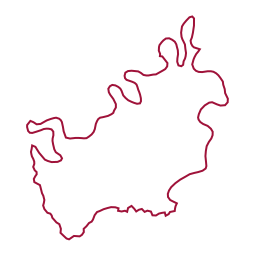 the district of São Jorge d'Oeste, Paraná, Brazil, rotated 88°
{"feature_id": "56859067B52253080464426", "entity_name": "São Jorge d'Oeste", "entity_type": "district", "adm_level": 2, "iso_a3": "BRA", "parent_name": "Brazil", "parent_adm1": "Paraná", "projection": "albers", "projection_center": [-52.964, -25.661], "detail": "fine", "context": "isolated", "style": "outline", "palette": "rose", "viewbox_px": 256, "rotation_deg": 88, "n_neighbors": 0, "source": "geoboundaries", "source_scale": "gbopen_adm2", "svg_char_len": 3377}
<svg xmlns="http://www.w3.org/2000/svg" viewBox="0 0 256 256"><g transform="rotate(88 128 128)"><path d="M57.3,93.6L57.7,91.2L64.5,86.3L67.8,86.7L70.4,88.7L71.7,91.0L75.4,98.2L75.5,101.0L76.2,105.7L76.1,108.0L75.5,110.7L73.4,113.2L71.8,115.8L70.9,122.4L71.1,126.0L72.6,128.7L75.7,129.6L78.1,129.2L79.8,127.8L81.9,122.3L83.1,119.8L84.8,118.0L87.1,117.2L90.2,116.4L92.3,115.6L95.0,114.8L98.7,114.1L101.7,114.1L103.8,115.2L104.1,118.1L103.1,121.0L102.0,123.5L100.3,126.8L97.9,129.4L95.3,131.6L90.5,133.2L88.4,134.3L86.6,136.3L85.0,139.1L84.4,142.2L85.6,144.6L88.1,146.3L91.6,145.9L94.2,144.6L98.4,141.7L103.7,139.3L107.1,139.4L110.1,141.3L112.4,142.2L113.6,144.0L115.2,147.5L116.3,152.7L116.7,155.5L118.0,157.4L120.0,158.7L122.8,160.0L127.9,161.2L130.8,162.5L133.2,164.6L135.2,167.3L136.7,169.8L136.8,172.3L136.5,174.7L136.2,177.7L136.1,180.8L136.5,186.3L135.4,190.4L129.1,192.4L124.5,193.0L119.7,193.9L117.8,194.9L116.3,196.5L115.2,199.5L115.5,201.8L116.3,205.0L117.6,209.0L120.9,215.3L121.1,219.2L118.9,222.3L117.5,225.3L121.5,228.7L123.6,228.8L127.5,227.9L129.3,226.3L129.6,223.8L128.5,219.7L127.1,214.9L126.1,212.3L125.8,209.4L126.0,207.1L126.7,204.5L129.0,202.8L132.6,202.8L135.9,203.7L138.2,203.9L141.8,203.4L146.7,202.4L149.7,201.0L152.9,196.6L156.0,195.0L158.0,196.1L159.4,199.5L159.4,205.6L158.1,209.4L156.7,212.2L149.7,217.7L145.9,219.9L143.6,221.2L142.1,224.4L145.4,225.0L148.5,225.8L150.6,225.5L153.0,225.0L155.5,223.8L158.2,222.9L160.6,222.9L163.6,224.1L167.0,222.7L168.8,220.9L171.1,220.9L172.9,222.3L175.6,223.9L178.8,223.5L182.0,218.0L184.2,217.5L190.2,216.2L192.8,215.0L197.0,214.1L199.9,214.7L202.5,215.5L206.1,214.4L209.9,211.5L210.9,208.6L212.8,207.3L215.0,206.8L219.9,202.8L221.7,200.0L226.4,198.6L230.4,199.1L233.9,195.7L236.3,193.3L237.2,190.8L234.0,185.8L234.6,180.1L233.2,177.8L230.5,175.8L227.2,175.8L224.8,173.0L221.6,170.3L220.3,167.6L218.3,166.2L214.0,164.4L210.9,161.9L210.0,159.2L208.3,155.2L207.3,151.4L206.5,147.7L206.8,143.5L207.9,140.3L210.4,140.8L211.2,137.3L210.6,133.9L211.7,131.8L207.9,130.7L206.0,127.2L209.0,124.5L211.7,122.7L210.1,120.0L209.4,117.0L212.4,114.3L211.3,111.5L212.3,108.0L216.1,106.6L216.4,103.1L214.6,100.0L214.0,97.0L213.7,94.2L217.0,93.4L215.5,90.4L213.4,89.0L212.6,84.2L210.1,83.8L207.8,83.2L205.0,81.8L202.7,86.1L201.4,88.4L198.4,90.4L195.2,90.5L191.9,89.2L188.6,86.9L184.8,82.6L181.4,77.6L178.7,72.4L176.3,67.9L175.2,63.2L174.5,59.5L173.3,55.0L171.2,51.8L168.8,51.0L164.8,51.2L158.8,51.6L153.7,51.0L148.9,50.0L144.8,47.7L141.4,45.1L138.1,43.7L134.7,43.5L131.6,45.2L128.7,48.3L126.6,52.8L124.5,55.6L122.0,57.2L119.9,57.6L116.6,56.7L112.0,54.5L108.1,50.5L105.5,46.0L105.2,43.0L107.5,38.2L108.8,34.8L108.6,30.2L105.8,27.5L102.2,27.2L96.5,29.7L92.5,30.0L88.1,31.3L84.9,31.6L80.9,34.1L78.4,35.9L76.4,38.0L74.8,40.6L74.2,43.1L74.1,46.6L74.7,51.9L74.4,55.4L73.2,58.1L71.0,60.2L66.7,61.6L61.8,60.1L59.6,59.1L56.5,57.3L53.9,55.0L51.8,53.5L49.7,59.3L48.2,60.8L45.7,62.0L42.9,62.4L39.8,61.0L35.1,59.8L28.0,58.5L20.8,58.2L18.8,59.9L19.5,62.7L22.7,66.0L25.6,68.6L28.4,70.5L34.6,71.6L38.8,71.3L41.4,70.5L43.5,69.5L46.5,68.2L50.8,67.9L55.1,67.4L58.3,67.9L60.6,68.6L63.3,70.1L66.8,70.7L68.1,72.6L67.2,75.4L63.5,76.5L60.1,76.2L56.0,75.4L52.0,75.5L48.6,76.3L46.1,76.8L43.4,78.2L41.4,80.7L39.8,83.7L39.9,87.0L41.7,89.6L43.5,91.4L46.2,93.6L48.2,94.2L51.8,94.5L55.1,93.3L57.3,93.6Z" fill="none" stroke="#9f1239" stroke-width="2"/></g></svg>